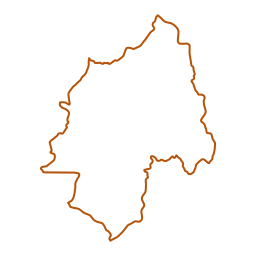 Ouaka, Mercator projection
{"feature_id": "CAF-809", "entity_name": "Ouaka", "entity_type": "Prefecture", "adm_level": 1, "iso_a3": "CAF", "parent_name": "Central African Republic", "parent_adm1": "", "projection": "mercator", "projection_center": [20.78, 6.114], "detail": "fine", "context": "isolated", "style": "outline", "palette": "amber", "viewbox_px": 256, "rotation_deg": 0, "n_neighbors": 0, "source": "natural_earth", "source_scale": "10m", "svg_char_len": 5691}
<svg xmlns="http://www.w3.org/2000/svg" viewBox="0 0 256 256"><path d="M110.4,240.6L110.1,240.3L109.4,238.8L109.7,237.5L110.4,236.3L110.9,235.3L110.4,233.8L109.2,232.2L107.9,230.9L106.7,230.4L106.1,229.9L104.6,226.5L103.2,224.3L102.1,223.2L101.0,222.7L99.5,222.5L96.2,221.4L94.9,220.7L93.5,219.6L90.3,215.6L89.0,214.8L84.3,213.0L82.1,211.4L80.4,210.0L78.5,208.8L72.3,207.5L70.5,206.9L69.8,205.9L69.5,204.8L68.2,202.8L68.3,202.7L69.8,201.7L70.4,201.4L71.4,200.9L72.3,199.8L73.5,197.6L74.7,192.7L74.8,190.6L74.9,189.6L75.3,188.4L75.3,183.8L75.6,182.5L75.9,181.7L76.5,180.7L77.4,178.6L77.8,178.0L78.4,177.3L78.7,176.8L79.0,176.1L79.2,175.2L79.3,174.1L78.0,173.2L74.4,172.6L44.5,172.4L43.2,172.0L42.5,170.6L42.1,170.0L41.6,169.6L41.2,169.2L40.9,168.7L41.0,168.2L41.5,167.4L42.2,167.0L42.9,166.8L46.2,166.3L47.1,165.8L53.7,160.5L54.4,159.2L54.8,157.7L54.8,155.4L54.4,154.5L53.9,153.9L51.1,153.0L50.7,152.8L50.5,152.6L50.5,152.3L50.6,151.9L51.4,151.0L51.6,150.8L51.6,150.4L51.5,149.5L49.8,143.0L49.7,142.1L50.8,140.8L56.7,136.1L57.6,135.1L57.9,134.3L58.1,134.1L58.3,133.9L58.6,133.7L59.0,133.5L59.4,133.4L59.8,133.3L60.3,133.2L60.7,133.3L61.9,133.6L62.6,133.6L63.0,133.3L63.4,132.9L64.4,131.2L65.3,129.9L65.9,128.8L66.2,128.4L66.6,128.1L66.9,127.7L66.9,127.3L66.3,126.0L66.2,125.4L66.6,124.5L67.9,123.2L68.3,122.6L68.3,122.0L67.5,120.6L67.3,119.7L67.6,118.3L68.8,114.9L69.1,113.4L68.8,112.1L67.8,110.7L66.2,109.5L65.2,108.9L63.0,108.1L62.2,107.6L61.5,107.1L60.9,106.5L60.4,105.9L60.0,105.3L59.9,104.7L59.8,104.3L60.1,102.5L62.3,102.2L65.2,102.5L66.5,103.1L68.4,104.3L69.0,104.5L69.4,104.5L69.5,104.3L69.7,103.8L69.6,103.0L68.4,95.0L68.6,93.3L69.2,91.9L72.7,87.2L73.5,86.4L75.7,84.6L79.0,81.3L79.8,80.7L80.4,80.1L81.1,79.1L81.7,77.7L82.6,76.6L84.5,75.0L85.4,73.9L86.2,72.4L88.2,67.3L88.7,65.0L88.7,61.1L89.2,58.4L89.5,58.5L89.6,58.8L89.7,59.2L89.7,59.7L90.1,60.0L91.3,60.5L92.8,60.8L93.9,61.3L94.4,62.2L95.1,62.9L96.8,63.0L98.5,62.8L99.7,62.9L100.2,62.7L101.8,63.6L102.8,63.9L103.2,63.6L103.7,63.1L104.4,62.8L105.2,63.2L105.6,63.1L107.9,62.9L108.3,63.1L108.4,63.5L108.6,63.8L109.1,63.9L109.6,63.9L110.8,63.4L112.6,62.0L114.3,60.7L115.0,60.3L115.4,60.3L116.9,60.7L118.5,60.0L122.9,56.5L123.6,55.5L123.9,54.4L125.8,49.3L126.6,48.2L127.4,47.8L129.9,47.8L130.6,48.0L132.2,48.6L133.0,48.8L133.9,48.9L134.2,48.9L134.4,48.7L135.0,48.4L140.0,46.1L140.8,45.2L141.2,44.8L144.1,41.0L145.2,39.8L150.1,32.8L150.9,32.0L153.5,29.9L153.8,29.7L154.0,29.3L154.2,28.8L154.1,28.1L153.9,27.5L152.8,25.6L152.6,25.0L152.7,24.0L153.0,23.1L153.9,22.2L154.5,21.7L155.0,21.1L155.3,20.5L155.8,18.3L156.2,17.2L156.5,16.6L157.9,15.4L160.9,17.9L163.0,20.2L164.6,21.4L166.0,22.1L170.9,23.2L172.5,24.0L174.2,25.2L175.9,26.7L176.9,27.9L177.6,28.9L178.1,30.0L178.3,30.6L178.5,31.6L178.5,32.8L177.8,40.3L177.9,41.3L178.4,42.6L179.2,43.3L180.2,43.7L184.0,43.8L184.6,43.7L185.3,43.6L186.1,43.5L187.1,43.6L188.6,44.3L189.4,45.0L189.7,46.0L189.5,52.8L191.4,65.2L191.8,65.9L193.1,66.8L193.4,67.5L193.6,70.2L194.7,73.8L194.7,74.3L194.5,74.8L194.3,75.1L194.0,75.4L193.8,75.8L193.8,76.3L194.1,77.1L194.1,77.8L194.1,78.3L193.9,78.7L193.6,79.1L192.2,80.0L191.8,80.4L191.6,80.8L191.7,81.5L192.0,82.1L192.5,82.6L193.1,83.4L195.1,89.2L195.6,90.4L196.3,91.3L196.8,91.8L197.5,92.6L198.0,93.7L198.3,94.2L198.7,94.6L199.2,94.6L201.5,94.7L202.3,94.8L203.2,95.2L204.2,96.2L204.5,96.9L204.7,97.6L204.6,98.2L203.8,100.7L203.7,101.3L204.1,104.9L205.6,110.6L205.7,112.1L205.2,113.4L204.5,114.8L201.6,119.0L201.1,120.0L201.1,121.0L201.5,121.7L203.4,123.1L204.4,124.3L204.9,125.4L205.5,127.7L206.1,128.9L206.3,130.0L206.6,132.2L207.2,132.9L208.0,133.2L209.2,133.2L210.3,133.4L211.1,133.9L211.6,134.8L212.7,139.0L213.3,140.1L214.9,142.6L215.1,143.7L214.7,149.4L213.9,153.3L212.7,156.1L212.3,158.8L212.0,159.5L211.4,160.2L209.9,161.7L209.1,163.1L208.6,163.1L207.8,162.6L205.1,160.3L203.9,159.5L203.1,159.2L202.4,159.3L201.6,159.6L199.1,161.6L196.1,164.7L195.4,168.2L193.4,172.3L191.1,173.9L190.1,174.1L189.4,174.2L188.8,174.1L188.3,173.7L187.2,171.9L186.9,171.6L185.2,171.0L184.6,169.6L184.3,168.8L182.9,166.4L182.8,165.8L182.8,165.4L182.9,165.0L183.1,164.5L183.1,163.7L182.9,163.0L182.6,162.4L181.5,161.0L180.7,159.5L180.0,158.6L179.4,158.1L178.4,157.6L177.8,157.0L176.9,155.7L176.5,155.5L176.2,155.6L176.0,155.9L175.6,156.8L175.2,157.3L174.8,157.7L174.2,157.9L173.8,157.7L172.9,156.7L172.5,156.5L172.2,156.5L171.8,156.8L171.3,157.2L169.9,158.9L169.4,159.3L166.9,160.6L166.2,160.9L165.1,161.1L164.3,160.9L162.0,159.8L161.5,159.7L161.0,159.8L160.8,159.9L160.5,160.3L160.2,160.5L159.7,160.7L159.0,160.8L157.9,160.8L157.3,160.6L156.8,160.2L155.8,158.3L155.3,157.7L154.6,157.2L153.6,156.6L152.9,156.3L152.3,156.2L151.8,156.2L151.3,156.4L151.0,156.7L150.9,157.2L150.9,157.8L151.1,158.4L151.5,158.9L152.2,159.8L152.5,160.2L152.7,160.6L152.7,161.1L152.6,161.6L152.4,162.1L152.1,162.6L150.6,164.0L150.4,164.3L150.3,164.7L150.3,165.1L150.6,166.9L150.6,167.4L150.5,167.9L150.2,168.2L149.8,168.5L149.2,168.8L145.7,169.5L144.9,169.8L144.4,170.0L144.4,170.4L144.5,170.8L144.6,171.1L144.9,171.4L145.1,171.6L145.3,171.7L146.4,172.1L146.8,172.3L147.2,172.6L147.4,173.0L147.5,173.4L147.4,174.9L147.5,175.4L147.9,177.0L147.9,177.3L147.7,177.6L146.5,178.7L146.0,179.4L145.7,180.4L146.0,184.8L145.7,190.7L145.3,192.0L144.7,193.2L142.9,195.5L142.4,196.5L142.0,197.4L141.8,198.4L141.9,199.2L142.2,200.2L144.0,203.9L144.2,204.7L144.3,205.4L144.1,206.0L143.6,206.9L142.0,209.3L141.5,210.3L141.4,211.3L141.4,212.5L142.1,216.5L142.1,217.7L141.9,218.9L141.3,220.3L140.4,221.1L139.4,221.6L138.4,221.7L137.6,221.6L136.1,221.3L135.2,221.3L134.1,221.8L131.4,223.5L128.4,224.9L127.5,225.7L122.4,232.1L118.4,236.1L116.9,237.2L110.4,240.6Z" fill="none" stroke="#b45309" stroke-width="2"/></svg>